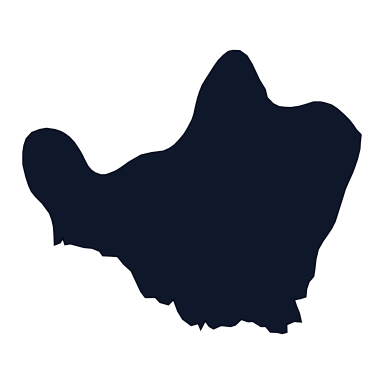 the district of Vicente Dutra, Rio Grande do Sul, Brazil
{"feature_id": "56859067B48112165270880", "entity_name": "Vicente Dutra", "entity_type": "district", "adm_level": 2, "iso_a3": "BRA", "parent_name": "Brazil", "parent_adm1": "Rio Grande do Sul", "projection": "natural_earth1", "projection_center": [-53.396, -27.166], "detail": "fine", "context": "isolated", "style": "filled", "palette": "ink", "viewbox_px": 384, "rotation_deg": 0, "n_neighbors": 0, "source": "geoboundaries", "source_scale": "gbopen_adm2", "svg_char_len": 1900}
<svg xmlns="http://www.w3.org/2000/svg" viewBox="0 0 384 384"><path d="M265.1,89.4L259.4,80.1L255.5,71.8L252.1,64.5L246.9,55.9L239.8,50.8L233.1,50.6L228.5,51.5L223.6,55.2L218.5,60.4L214.3,66.3L208.9,74.8L206.0,79.3L202.4,85.2L199.7,92.0L197.8,97.9L195.9,105.7L194.1,114.0L192.4,119.3L189.7,124.6L186.8,129.9L183.8,134.7L178.4,141.0L174.5,145.0L169.9,148.3L163.4,151.3L158.2,151.9L151.5,152.8L141.1,155.2L135.0,158.6L128.6,162.4L121.8,167.3L115.8,171.1L110.1,173.4L105.8,174.9L100.9,175.0L95.2,173.0L91.1,170.2L87.7,166.1L84.9,160.8L82.0,154.8L79.4,150.3L74.4,142.7L69.7,137.6L65.1,134.1L60.9,131.7L54.8,129.7L46.4,128.5L39.6,129.7L31.9,132.6L26.3,138.8L24.1,145.4L23.1,151.9L23.0,159.0L23.1,164.6L24.4,170.2L26.0,176.8L28.7,185.1L31.5,191.3L35.4,196.3L42.3,203.2L46.2,208.5L49.6,213.1L52.0,219.5L53.6,226.7L54.2,235.2L54.5,244.9L59.9,242.8L63.1,238.4L65.0,244.6L70.5,243.7L83.8,247.3L92.1,248.1L99.6,251.1L102.8,255.6L107.5,255.8L117.5,256.4L123.7,264.1L131.3,271.0L140.9,291.6L145.3,297.4L155.4,297.3L160.0,302.3L168.4,304.7L173.5,299.5L177.9,311.2L182.6,319.0L191.2,325.4L198.3,323.4L200.7,329.4L205.2,320.7L209.3,326.4L213.5,328.8L221.1,325.4L230.7,326.4L235.4,324.9L241.2,319.3L248.1,321.6L252.8,321.3L260.9,326.4L265.8,326.4L270.4,332.0L277.1,332.2L282.2,333.4L286.8,332.2L286.6,324.6L294.2,321.3L301.2,321.9L299.4,313.7L296.2,305.6L294.3,299.7L300.6,298.4L305.8,296.8L306.5,289.0L309.0,281.6L313.6,276.3L314.7,268.9L315.8,259.2L318.1,249.4L322.7,241.3L327.4,234.6L331.6,228.2L335.0,221.5L337.1,215.0L339.6,206.9L341.3,201.6L343.1,195.9L345.1,189.2L349.2,179.8L352.4,172.8L354.9,166.1L357.3,159.0L359.8,148.8L360.1,143.1L361.0,134.7L356.4,130.0L353.4,125.5L349.3,120.2L343.4,114.3L337.0,108.7L331.5,105.1L325.5,103.2L320.5,102.1L313.6,102.1L305.5,104.7L298.6,106.6L290.9,107.7L285.4,107.5L279.0,106.8L273.2,103.9L267.1,97.7L265.1,89.4Z" fill="#0f172a" stroke="#020617" stroke-width="1.5"/></svg>